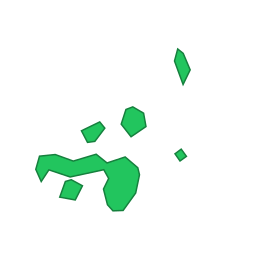 SVG path tracing the border of Galápagos, rotated 298°
{"feature_id": "ECU-1270", "entity_name": "Galápagos", "entity_type": "Province", "adm_level": 1, "iso_a3": "ECU", "parent_name": "Ecuador", "parent_adm1": "", "projection": "robinson", "projection_center": [-90.747, 0.131], "detail": "coarse", "context": "isolated", "style": "filled", "palette": "green", "viewbox_px": 256, "rotation_deg": 298, "n_neighbors": 0, "source": "natural_earth", "source_scale": "10m", "svg_char_len": 741}
<svg xmlns="http://www.w3.org/2000/svg" viewBox="0 0 256 256"><g transform="rotate(298 128 128)"><path d="M101.1,139.1L97.5,155.3L92.1,160.1L74.2,165.3L52.9,162.4L47.8,153.6L50.6,145.9L62.6,135.0L74.4,134.6L79.8,126.2L57.6,99.9L53.9,77.8L40.0,76.5L48.2,66.0L61.6,63.1L70.4,76.2L73.1,95.2L89.9,112.2L87.3,125.9L101.1,139.1ZM148.9,122.3L148.4,134.8L137.7,143.2L121.7,134.8L128.2,120.2L143.4,117.5L148.9,122.3ZM55.6,114.9L39.7,115.2L34.9,100.2L51.4,97.8L55.7,102.2L55.6,114.9ZM209.0,137.6L221.1,134.8L219.8,141.7L208.5,155.6L192.3,156.2L209.0,137.6ZM120.1,100.2L117.0,107.6L100.6,105.0L96.3,99.0L103.7,88.2L120.1,100.2ZM134.3,184.9L130.4,192.9L123.3,189.4L127.3,181.6L134.3,184.9Z" fill="#22c55e" stroke="#15803d" stroke-width="1.5"/></g></svg>